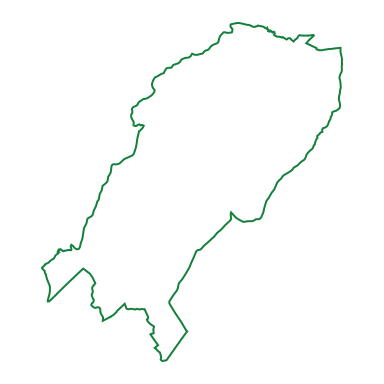 Tenjo, Cundinamarca, Colombia
{"feature_id": "7082276B86152202895144", "entity_name": "Tenjo", "entity_type": "district", "adm_level": 2, "iso_a3": "COL", "parent_name": "Colombia", "parent_adm1": "Cundinamarca", "projection": "albers", "projection_center": [-74.143, 4.827], "detail": "fine", "context": "isolated", "style": "outline", "palette": "green", "viewbox_px": 384, "rotation_deg": 0, "n_neighbors": 0, "source": "geoboundaries", "source_scale": "gbopen_adm2", "svg_char_len": 5858}
<svg xmlns="http://www.w3.org/2000/svg" viewBox="0 0 384 384"><path d="M44.9,265.1L42.3,267.4L41.9,268.0L42.0,268.2L43.1,269.3L43.5,270.1L44.7,270.9L44.9,272.6L45.1,273.4L46.0,274.4L46.0,275.4L47.0,279.1L49.9,286.3L49.9,291.2L49.4,294.4L47.7,300.4L47.8,301.4L49.1,301.4L57.1,293.8L57.3,293.4L69.4,281.6L83.2,268.6L89.9,273.7L92.4,277.2L95.3,283.3L94.7,283.9L94.3,284.9L93.3,285.5L93.0,286.0L92.2,287.7L92.2,288.8L92.8,291.1L92.7,292.4L91.8,294.3L91.8,295.6L92.6,297.8L93.8,300.1L93.8,300.6L93.1,302.4L91.9,303.3L91.3,304.6L91.3,305.0L91.5,305.5L93.1,306.8L94.8,307.9L95.6,307.8L97.1,307.3L98.9,307.4L99.6,307.8L100.1,308.8L100.4,310.2L100.4,312.5L101.5,314.7L102.5,316.2L103.1,317.8L102.8,320.8L110.6,316.8L110.5,316.7L113.6,314.8L116.5,312.1L116.7,311.3L124.7,303.8L126.5,308.6L127.7,309.2L128.6,309.3L129.8,309.0L132.0,308.8L134.8,309.5L135.5,309.4L136.2,309.0L137.2,308.8L137.6,309.1L138.5,309.3L140.4,309.4L141.6,308.9L143.3,309.3L144.6,309.2L148.0,316.7L148.1,318.2L147.4,319.2L146.9,319.5L147.6,321.2L149.1,323.0L151.7,325.0L153.7,326.2L154.0,326.7L153.4,329.2L153.4,331.1L153.8,333.0L153.4,333.4L150.9,334.0L150.4,334.3L154.9,340.8L158.1,345.2L154.7,347.9L155.1,348.4L155.9,348.8L156.4,349.3L157.1,350.3L157.8,350.7L159.1,352.0L159.9,352.5L161.1,356.6L161.1,358.1L160.7,359.2L160.9,359.7L161.7,360.7L162.1,360.9L162.7,361.0L164.4,360.5L165.5,360.6L166.6,360.1L181.6,338.9L187.2,331.3L186.1,330.2L185.6,329.4L180.8,321.3L175.7,313.8L171.3,306.7L169.4,303.4L169.3,301.5L173.4,295.1L176.9,290.4L178.0,287.7L178.4,284.9L179.1,283.0L182.0,279.5L183.1,277.9L185.4,274.3L189.2,267.9L191.4,262.5L193.3,258.4L195.8,252.4L196.5,251.0L197.6,250.2L199.8,249.8L201.1,249.0L204.4,245.3L208.0,242.3L212.1,238.4L213.7,237.2L217.2,232.8L220.8,229.9L223.5,227.1L224.6,225.7L230.4,220.3L231.0,219.0L230.7,213.8L231.1,212.4L235.9,217.6L238.2,219.2L242.8,221.7L244.0,221.9L247.8,221.2L251.9,221.2L254.1,220.5L255.8,219.2L259.1,219.2L259.9,218.8L261.1,217.4L262.0,215.6L263.4,212.1L264.2,208.3L266.3,201.2L268.8,197.8L271.6,192.8L274.1,189.7L277.3,182.4L279.3,180.2L281.1,178.7L282.6,176.3L283.1,175.8L284.7,174.6L287.0,173.4L291.1,170.8L292.5,169.5L293.4,168.1L294.1,167.4L297.4,165.5L300.2,162.7L301.3,161.7L303.9,160.0L304.9,158.9L305.3,158.2L306.4,155.1L307.2,153.7L309.0,151.6L312.4,148.7L313.2,147.3L313.7,145.5L314.8,144.5L314.8,143.6L315.8,140.6L316.7,138.7L317.4,138.1L317.4,137.2L317.1,136.2L318.0,135.2L319.4,134.2L320.3,132.7L321.0,132.3L322.3,132.0L322.2,129.8L322.8,128.3L323.7,127.9L325.1,127.6L326.7,126.5L327.3,125.8L328.1,124.2L329.1,121.2L330.4,119.2L330.8,117.1L331.4,116.1L332.1,114.3L332.2,112.3L334.3,111.2L336.2,110.7L339.3,108.5L340.0,106.7L340.1,105.2L339.8,103.0L338.8,99.3L339.1,97.4L339.0,96.5L339.8,93.5L340.1,90.3L340.7,87.8L340.7,86.1L340.4,82.2L340.0,79.9L339.5,78.4L339.5,77.5L339.7,76.2L340.6,73.6L341.7,71.7L341.9,69.0L341.7,66.1L342.1,64.6L341.9,62.0L342.0,58.8L340.5,51.8L340.5,47.9L335.5,48.3L332.5,48.8L328.0,49.1L326.5,49.5L325.4,49.5L321.5,50.3L319.0,50.2L317.7,49.6L316.8,49.5L316.4,49.1L316.5,48.1L306.3,43.3L309.1,40.0L313.8,35.7L313.4,35.0L308.4,35.6L306.0,35.6L302.4,35.6L299.4,35.2L298.6,35.9L297.5,37.4L297.3,38.1L297.0,38.4L295.3,39.5L293.5,41.5L292.7,40.7L291.8,40.2L290.1,38.2L288.1,38.3L287.4,39.0L286.6,39.5L282.5,37.0L281.9,37.6L280.1,36.8L276.8,36.6L276.2,36.1L275.2,35.8L274.0,34.9L274.8,33.4L274.4,32.9L274.4,32.2L273.4,31.7L272.4,32.5L271.3,31.1L270.3,30.5L270.1,31.2L269.6,31.1L269.5,31.6L268.1,31.1L268.2,30.0L267.5,29.4L267.5,28.4L267.2,27.7L266.4,28.6L265.4,28.1L263.4,26.7L258.0,25.6L257.8,25.6L257.4,26.2L256.3,26.3L254.8,26.9L253.8,26.9L253.1,26.8L249.0,24.9L246.9,24.8L241.7,23.5L239.0,23.0L236.6,23.1L234.0,23.6L231.0,24.3L230.6,24.6L230.5,26.0L230.7,27.1L232.4,29.0L232.4,30.5L232.0,32.1L231.8,32.4L231.3,32.5L227.9,32.9L226.3,32.7L224.4,32.2L224.0,32.2L223.4,32.5L220.9,35.1L220.1,36.2L219.2,38.4L218.5,41.4L217.8,42.8L216.5,43.5L214.0,44.4L211.6,45.8L210.6,46.7L209.1,48.9L208.6,49.3L207.6,50.0L205.5,50.6L204.7,51.1L203.6,52.2L203.0,53.2L202.4,53.6L199.2,54.3L197.6,54.8L196.2,54.8L194.7,54.8L192.2,53.7L192.0,53.8L190.9,55.9L190.1,56.7L189.0,57.4L184.7,58.1L181.8,59.3L181.1,60.0L180.2,61.6L179.1,62.7L177.8,63.5L176.3,63.9L173.3,65.0L172.7,65.7L171.9,67.0L171.2,67.7L167.6,67.9L166.5,68.4L166.1,68.8L164.9,70.6L163.9,73.1L162.0,73.7L160.5,74.4L157.1,76.5L155.4,77.1L154.2,78.4L153.0,80.8L151.9,84.1L152.2,86.1L152.7,87.3L153.3,88.5L154.6,89.9L154.6,91.1L153.7,92.9L152.3,94.6L151.0,95.8L149.2,96.9L148.4,97.6L145.9,98.7L143.3,99.1L141.9,100.0L141.3,100.6L139.7,101.4L139.2,101.8L138.8,102.3L137.0,105.3L135.6,106.1L133.3,107.0L132.0,108.8L131.9,109.3L132.3,111.1L132.4,112.3L132.3,113.1L131.4,114.2L131.2,114.7L131.2,117.1L132.0,119.1L133.7,121.9L133.7,123.3L133.5,125.3L134.9,126.0L136.1,126.0L138.6,124.5L139.4,124.4L140.6,125.4L141.8,125.0L142.4,125.0L143.7,125.7L143.1,127.2L142.2,128.4L140.1,130.5L138.9,131.3L138.7,132.9L137.4,138.2L136.5,144.4L135.8,147.8L134.0,153.3L133.6,154.2L133.2,154.7L131.9,155.7L124.2,159.1L119.7,163.3L118.5,163.9L116.6,164.3L115.6,164.4L113.8,164.2L113.0,164.4L112.3,164.8L111.7,165.7L111.5,166.4L111.0,170.7L110.6,172.6L110.2,173.6L108.2,176.8L107.5,181.1L106.9,182.1L105.4,183.6L102.6,185.8L101.7,190.4L99.8,193.8L98.7,199.8L97.6,201.1L97.2,201.8L96.0,206.1L93.7,210.7L93.4,212.5L92.6,214.8L92.3,215.4L91.3,216.4L88.5,217.9L87.4,218.9L86.4,223.5L84.0,228.1L82.4,238.6L80.6,243.8L80.1,246.6L79.1,248.5L78.8,248.9L78.1,249.2L76.6,249.2L75.9,248.9L74.7,248.0L73.1,246.1L71.4,244.8L70.7,246.1L70.7,246.6L71.4,249.0L71.4,249.8L71.0,250.2L70.2,250.3L69.6,250.0L68.1,250.0L65.6,250.7L64.6,250.8L64.1,251.0L63.9,250.7L62.7,251.0L60.6,249.2L59.6,250.0L59.1,249.5L58.5,250.8L58.2,250.6L57.8,251.6L58.8,252.3L57.8,252.7L58.2,253.4L55.8,255.1L55.4,255.6L54.0,258.4L50.9,260.3L48.5,262.7L45.3,264.2L44.8,264.7L44.9,265.1Z" fill="none" stroke="#15803d" stroke-width="2"/></svg>